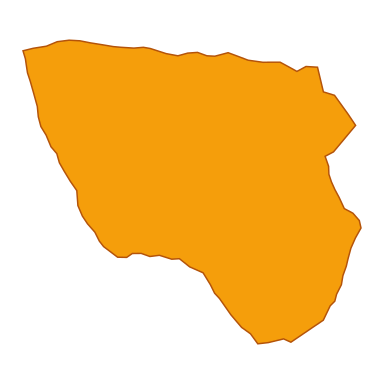 outline of Esperança Nova, Paraná, Brazil
{"feature_id": "56859067B5777804662884", "entity_name": "Esperança Nova", "entity_type": "district", "adm_level": 2, "iso_a3": "BRA", "parent_name": "Brazil", "parent_adm1": "Paraná", "projection": "albers", "projection_center": [-53.801, -23.723], "detail": "fine", "context": "isolated", "style": "filled", "palette": "amber", "viewbox_px": 384, "rotation_deg": 0, "n_neighbors": 0, "source": "geoboundaries", "source_scale": "gbopen_adm2", "svg_char_len": 1244}
<svg xmlns="http://www.w3.org/2000/svg" viewBox="0 0 384 384"><path d="M317.5,67.2L306.0,66.5L296.9,71.4L288.6,66.8L280.1,62.2L271.4,62.2L263.0,62.3L248.1,60.2L237.3,56.1L228.1,52.7L214.9,56.2L206.9,55.8L197.5,52.4L187.7,53.1L177.9,55.8L166.1,53.6L150.3,48.5L143.4,47.3L133.9,48.1L121.1,47.3L113.3,46.6L102.6,44.8L90.6,42.9L79.9,40.8L69.1,40.2L57.2,41.7L46.4,46.2L33.1,48.3L23.0,50.8L25.4,58.8L26.4,65.8L27.5,72.9L30.3,81.4L33.4,92.3L37.3,106.4L38.3,116.8L40.9,126.6L46.1,135.1L51.0,146.8L56.8,153.6L59.4,162.8L64.2,171.2L70.4,181.4L76.8,190.6L77.9,205.6L82.4,216.1L87.5,223.8L94.9,232.2L99.4,241.2L103.6,246.6L117.6,257.2L126.7,257.4L132.3,253.5L141.2,253.4L149.9,256.5L159.4,255.3L171.7,259.2L179.4,258.7L189.7,266.9L203.1,272.8L210.4,284.7L214.6,293.2L219.5,298.5L230.9,314.8L235.8,320.6L241.6,327.4L250.5,333.8L257.8,343.8L268.3,342.6L283.6,338.9L290.9,342.2L312.5,327.5L323.3,320.2L330.2,305.8L334.8,301.2L336.6,294.2L341.4,284.7L342.9,275.7L346.3,266.2L348.0,258.9L350.9,248.2L355.4,238.0L361.0,228.0L359.3,220.5L352.9,213.2L344.3,208.6L339.1,197.4L334.9,189.6L331.4,181.8L328.9,174.3L328.6,166.3L325.1,156.3L333.5,151.9L355.6,125.4L348.1,114.2L334.5,95.3L323.4,91.9L317.5,67.2Z" fill="#f59e0b" stroke="#b45309" stroke-width="1.5"/></svg>